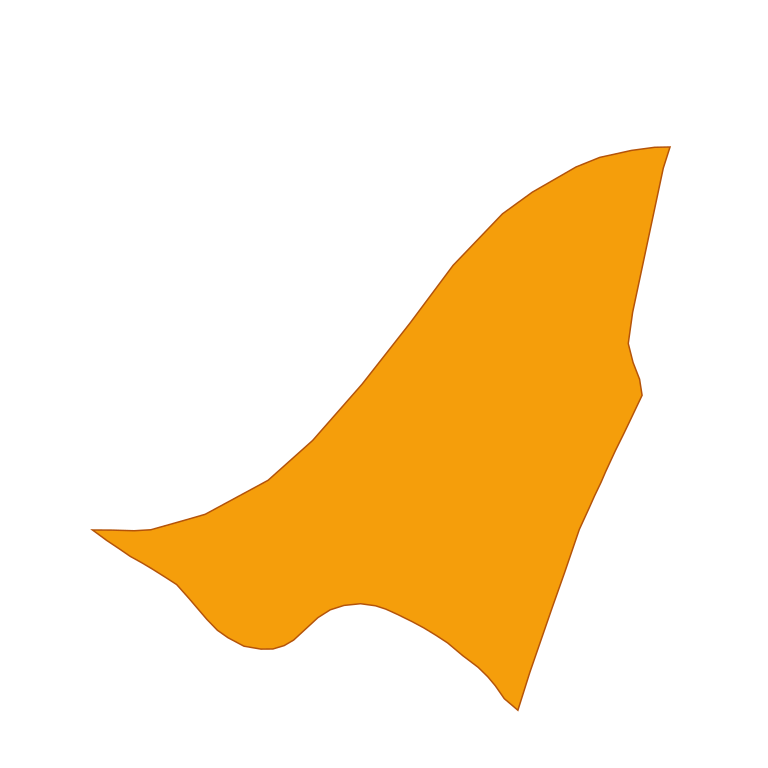 outline of Itaparica, Brazil, rotated 282°
{"feature_id": "56859067B29477790056969", "entity_name": "Itaparica", "entity_type": "district", "adm_level": 2, "iso_a3": "BRA", "parent_name": "Brazil", "parent_adm1": "", "projection": "mercator", "projection_center": [-38.672, -12.871], "detail": "fine", "context": "isolated", "style": "filled", "palette": "amber", "viewbox_px": 768, "rotation_deg": 282, "n_neighbors": 0, "source": "geoboundaries", "source_scale": "gbopen_adm2", "svg_char_len": 1020}
<svg xmlns="http://www.w3.org/2000/svg" viewBox="0 0 768 768"><g transform="rotate(282 384 384)"><path d="M675.3,614.5L671.8,599.5L663.9,577.4L650.5,547.9L636.3,526.8L602.5,489.2L589.1,477.1L575.1,464.5L514.4,426.9L449.0,396.8L379.3,362.6L313.9,325.9L265.7,290.6L219.4,236.2L208.7,216.2L192.9,186.1L188.5,170.1L184.6,148.7L180.6,129.2L173.4,145.1L168.1,158.4L162.6,171.7L158.7,184.5L154.8,195.9L149.5,210.3L144.7,222.9L133.9,237.6L117.0,259.6L108.5,272.2L103.4,284.1L98.4,301.6L99.1,318.7L101.7,330.4L107.4,340.8L114.8,348.9L127.8,358.1L141.8,368.0L151.9,378.3L159.1,390.9L164.2,406.7L165.3,421.8L164.2,432.5L161.5,444.7L157.6,460.2L153.7,473.7L149.1,486.8L144.0,500.0L134.6,517.6L126.5,534.9L119.2,546.4L112.0,555.6L101.2,567.1L92.7,582.8L132.2,586.6L200.1,595.0L237.4,599.9L282.4,605.3L305.6,610.5L318.3,613.2L333.2,616.8L344.2,619.0L367.0,624.2L385.4,628.9L397.7,631.9L426.6,638.8L441.8,633.0L456.9,623.1L474.4,614.5L505.8,612.3L653.2,612.3L675.3,614.5Z" fill="#f59e0b" stroke="#b45309" stroke-width="1.5"/></g></svg>